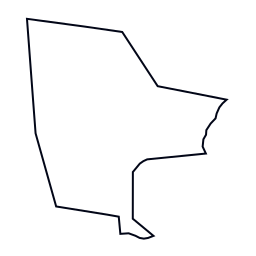 São Gonçalo do Piauí, Piauí, Brazil, rotated 269°
{"feature_id": "56859067B82195186929840", "entity_name": "São Gonçalo do Piauí", "entity_type": "district", "adm_level": 2, "iso_a3": "BRA", "parent_name": "Brazil", "parent_adm1": "Piauí", "projection": "orthographic", "projection_center": [-42.679, -6.018], "detail": "fine", "context": "isolated", "style": "outline", "palette": "ink", "viewbox_px": 256, "rotation_deg": 269, "n_neighbors": 0, "source": "geoboundaries", "source_scale": "gbopen_adm2", "svg_char_len": 550}
<svg xmlns="http://www.w3.org/2000/svg" viewBox="0 0 256 256"><g transform="rotate(269 128 128)"><path d="M90.8,44.3L50.8,54.8L41.7,105.9L39.5,117.2L22.3,118.5L22.7,126.8L20.1,133.6L17.9,137.7L17.1,141.9L17.7,146.1L19.7,151.6L37.2,131.2L83.9,132.1L92.2,139.2L94.6,142.8L96.3,146.6L101.1,205.4L108.1,202.3L115.4,203.2L119.9,205.9L124.5,206.3L131.0,210.7L136.1,215.7L141.0,216.9L147.0,219.7L150.9,222.9L154.6,227.1L169.3,158.4L224.1,123.9L230.2,86.2L238.9,28.9L160.5,33.4L124.3,35.5L90.8,44.3Z" fill="none" stroke="#020617" stroke-width="2"/></g></svg>